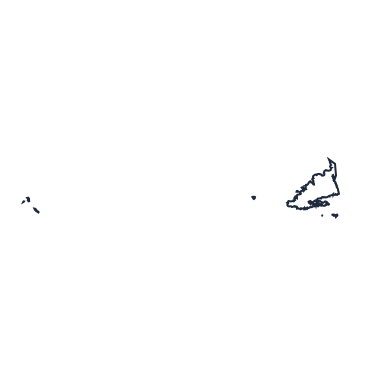 outline of Supiori, Papua, Indonesia, rotated 305°
{"feature_id": "22746128B73598541988454", "entity_name": "Supiori", "entity_type": "district", "adm_level": 2, "iso_a3": "IDN", "parent_name": "Indonesia", "parent_adm1": "Papua", "projection": "albers", "projection_center": [135.52, -0.015], "detail": "fine", "context": "isolated", "style": "outline", "palette": "slate", "viewbox_px": 384, "rotation_deg": 305, "n_neighbors": 0, "source": "geoboundaries", "source_scale": "gbopen_adm2", "svg_char_len": 6037}
<svg xmlns="http://www.w3.org/2000/svg" viewBox="0 0 384 384"><g transform="rotate(305 192 192)"><path d="M297.2,285.5L296.6,286.4L296.4,287.2L295.1,288.2L295.1,288.8L294.2,289.6L293.9,290.5L293.1,290.3L292.0,290.5L291.6,291.7L291.3,292.0L291.6,292.4L291.1,292.3L289.5,293.0L287.9,291.9L287.4,291.2L287.2,290.4L286.6,289.6L286.8,289.3L286.7,289.1L285.3,288.5L284.7,288.5L284.2,288.7L284.1,288.9L283.2,289.0L282.8,290.1L282.1,290.5L281.5,290.5L280.7,290.1L280.0,289.1L280.5,288.4L280.5,288.1L280.2,287.8L280.3,287.4L279.9,286.7L280.0,286.3L279.6,285.6L278.4,284.3L277.9,284.2L277.5,284.5L277.3,284.4L277.3,283.8L277.0,283.0L274.7,282.1L273.6,282.4L273.0,283.6L272.6,283.3L271.5,283.1L271.4,283.7L270.9,284.1L271.0,284.7L269.9,285.6L269.9,285.8L269.1,286.3L268.9,286.9L268.1,287.7L267.9,287.5L267.9,286.9L268.1,286.5L268.1,286.3L268.6,285.6L268.4,285.1L268.6,284.7L268.2,284.0L268.5,283.3L268.4,283.3L268.3,282.6L267.8,282.5L267.5,282.3L266.6,282.2L266.0,282.5L265.1,282.5L264.5,282.2L264.1,282.3L264.0,282.0L263.2,281.6L263.1,281.3L262.1,281.5L261.9,281.3L261.9,281.8L261.5,282.3L261.0,282.5L260.2,282.5L260.1,283.2L259.7,283.8L259.3,283.4L259.3,282.9L258.6,282.9L259.3,282.5L258.4,282.0L257.1,281.8L256.6,282.2L256.3,281.7L255.5,280.9L254.3,280.6L253.4,280.9L253.4,281.6L253.0,281.5L252.8,282.1L252.5,282.1L250.4,280.2L249.8,279.8L249.3,279.8L247.9,281.1L247.0,281.6L247.0,280.9L246.7,280.6L246.8,280.5L247.0,280.5L247.4,280.8L247.7,280.5L247.6,280.3L248.0,279.9L247.7,279.2L247.4,279.2L246.5,279.7L246.3,279.6L246.1,279.3L245.6,279.3L245.0,280.4L244.4,280.4L244.5,280.7L244.4,280.9L244.0,280.5L243.7,280.8L243.4,280.8L243.2,280.2L242.8,280.5L242.6,280.5L242.4,279.8L240.9,278.3L240.1,276.4L239.8,276.2L238.8,276.3L238.6,276.7L238.2,276.8L237.9,276.5L237.8,277.1L237.5,277.0L237.5,277.3L236.1,277.5L235.7,278.0L235.6,278.7L235.8,279.7L237.0,281.1L237.1,281.7L237.0,282.2L237.1,282.6L238.5,283.7L239.2,283.9L239.4,284.2L239.0,284.6L239.0,285.0L240.1,286.1L240.1,286.3L239.7,287.0L238.9,287.2L238.7,287.4L239.2,287.6L239.1,287.9L239.5,288.3L239.4,288.5L239.9,289.5L240.1,290.5L240.3,290.5L240.2,290.7L240.4,290.8L240.7,290.7L240.8,291.0L241.2,290.8L241.5,291.2L242.0,292.6L242.3,292.7L242.2,293.1L242.5,293.0L242.6,293.8L242.9,293.7L243.0,293.3L243.3,293.3L243.1,293.5L243.3,294.0L243.9,294.4L243.7,294.4L243.5,294.8L244.1,294.9L244.7,295.3L244.8,295.6L244.6,295.7L244.9,295.8L244.8,296.0L245.0,296.0L245.8,296.8L247.2,297.3L247.3,297.6L247.6,297.7L247.6,298.1L248.4,298.9L248.8,298.7L249.5,298.7L250.0,299.4L250.0,300.0L250.4,300.1L250.5,300.5L251.3,300.7L251.8,301.2L251.6,301.5L252.1,301.3L253.5,302.0L253.3,302.3L253.3,302.5L252.4,302.9L252.5,303.4L253.4,303.5L253.6,303.8L254.1,303.9L254.3,304.1L255.1,304.2L254.9,304.7L256.3,305.1L256.2,305.8L255.9,306.0L256.0,306.3L255.9,307.2L256.1,307.5L256.8,308.6L257.3,308.9L257.9,308.7L258.3,309.1L258.7,309.2L258.8,308.9L259.1,308.8L259.1,309.3L259.4,309.3L259.2,309.7L259.7,309.8L259.5,310.1L260.0,310.5L260.0,311.2L260.4,311.3L260.7,311.0L260.8,310.5L260.6,309.9L261.1,308.3L261.0,307.1L260.6,306.5L260.3,306.6L258.8,305.7L258.4,305.6L258.4,304.9L257.7,304.0L258.0,303.4L258.1,302.2L257.6,301.6L257.4,300.8L256.6,299.7L255.3,299.7L255.0,300.6L255.3,301.0L254.9,301.1L254.6,301.6L254.7,302.2L255.0,302.3L254.8,302.4L255.0,302.8L254.5,302.7L254.3,302.1L253.7,301.7L253.4,301.0L253.7,300.2L253.2,300.0L251.9,298.6L251.8,298.4L252.3,297.9L252.1,297.5L251.9,297.4L251.9,297.2L251.6,297.2L251.6,297.4L251.8,297.4L251.5,297.6L251.3,297.2L251.6,296.9L251.4,296.9L251.2,296.6L251.4,296.4L251.1,296.5L250.9,296.2L251.1,295.8L250.9,295.8L250.7,296.1L250.6,295.9L250.9,295.7L250.4,295.8L250.5,295.6L250.3,295.5L250.5,295.1L250.3,295.0L250.4,294.2L250.2,293.8L250.4,293.6L250.5,294.0L250.7,293.8L251.1,293.9L251.1,293.4L251.3,293.4L251.3,293.6L251.8,293.6L252.5,294.1L252.3,294.9L252.4,295.1L252.2,295.3L252.3,295.8L253.1,297.1L253.7,297.2L253.8,297.1L254.3,297.4L254.9,297.4L254.9,297.6L255.3,298.0L256.1,298.4L256.8,298.3L257.1,298.7L258.9,298.9L259.5,299.8L260.2,300.4L260.5,301.1L260.9,301.1L261.0,301.5L261.4,301.4L261.7,301.6L262.1,301.5L262.3,301.7L262.6,301.7L262.6,302.1L262.8,302.2L263.0,302.8L263.3,302.8L263.8,303.5L263.7,303.8L264.1,304.5L264.4,304.5L264.8,305.0L265.0,304.8L264.8,305.1L265.0,305.4L265.6,305.7L265.7,305.9L266.7,306.3L267.1,306.7L267.5,306.6L267.8,306.8L267.7,307.1L268.0,307.0L269.6,308.3L270.4,308.6L270.4,309.0L270.9,309.0L270.6,309.3L271.1,309.2L271.1,309.4L270.9,309.7L271.9,310.9L272.3,311.8L272.6,312.0L272.6,311.6L272.7,311.8L272.8,311.6L272.9,312.0L274.1,312.6L274.3,313.1L274.8,313.4L276.3,311.8L276.6,311.3L278.1,309.9L278.8,308.7L278.8,308.2L279.4,307.9L279.6,307.4L279.5,307.2L279.9,306.9L280.5,306.8L280.6,306.3L280.5,305.7L280.8,305.4L281.6,305.0L281.8,304.6L281.7,304.2L281.9,304.2L282.4,303.7L282.6,302.3L282.4,301.9L282.6,301.6L282.9,301.2L283.3,301.3L283.6,301.1L284.0,300.4L284.5,300.3L284.4,299.7L284.9,299.6L285.0,299.1L285.2,299.4L285.3,299.0L285.6,299.1L285.6,298.6L286.4,297.6L286.8,297.8L285.9,299.2L286.0,300.3L285.6,300.8L284.7,301.2L284.0,301.2L283.9,301.7L288.1,300.5L297.1,293.0L297.2,285.5ZM254.9,321.1L253.9,319.9L253.5,319.2L254.1,320.5L254.2,320.9L253.8,321.1L253.8,321.6L254.2,321.9L254.4,322.9L254.3,323.8L254.0,324.2L256.1,324.6L256.6,324.2L256.7,323.8L255.5,323.1L254.9,321.1ZM91.1,63.9L93.2,62.1L93.1,61.3L93.3,61.0L92.7,60.4L92.4,61.6L91.6,61.9L90.9,62.4L90.9,63.1L90.7,63.6L91.1,63.9ZM87.8,77.3L87.5,76.7L87.6,75.7L88.4,73.3L88.0,72.4L87.3,73.7L87.0,75.2L87.1,77.9L87.5,77.9L87.8,77.3ZM224.0,246.5L223.9,246.1L223.2,244.8L222.5,244.4L222.3,245.5L221.8,245.9L221.8,246.8L222.8,247.0L224.0,246.5ZM258.5,279.3L258.2,280.5L258.4,281.1L258.7,281.1L259.3,280.8L259.7,280.3L259.0,279.5L258.5,279.3ZM252.9,277.3L252.2,277.5L252.7,278.4L253.3,279.0L253.4,277.8L252.9,277.3ZM256.0,305.6L255.7,305.2L255.4,305.2L255.2,305.3L255.0,305.8L255.7,306.2L256.0,305.6ZM87.9,59.8L87.8,59.5L87.3,59.4L86.8,59.5L87.4,59.8L87.9,59.8ZM247.6,312.8L247.6,312.5L247.3,311.4L247.3,312.2L247.6,312.8Z" fill="none" stroke="#1e293b" stroke-width="2"/></g></svg>